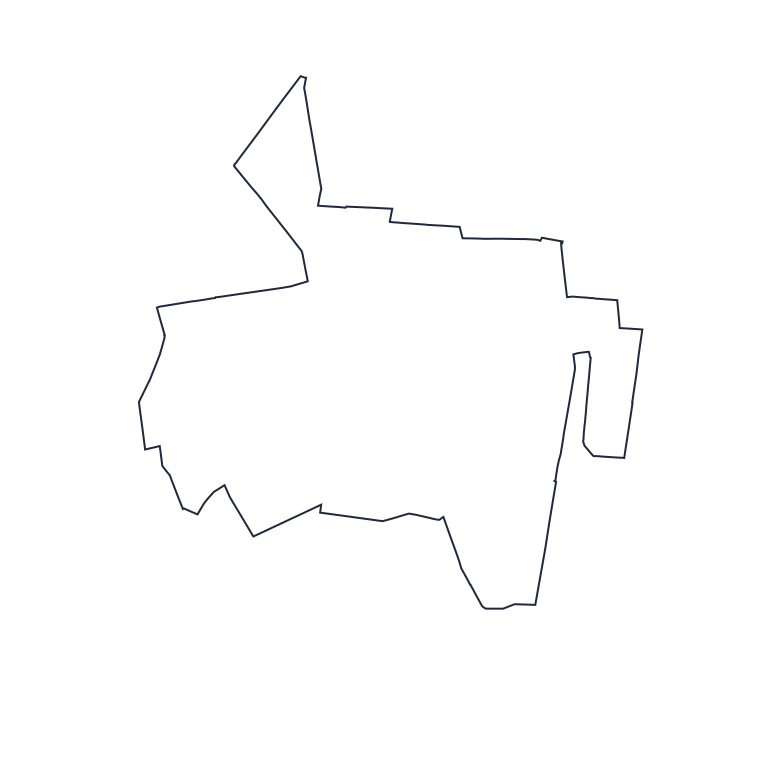 the district of Otelec, Timis, Romania, rotated 128°
{"feature_id": "2599482B41708368975708", "entity_name": "Otelec", "entity_type": "district", "adm_level": 2, "iso_a3": "ROU", "parent_name": "Romania", "parent_adm1": "Timis", "projection": "natural_earth1", "projection_center": [20.849, 45.575], "detail": "fine", "context": "isolated", "style": "outline", "palette": "slate", "viewbox_px": 768, "rotation_deg": 128, "n_neighbors": 0, "source": "geoboundaries", "source_scale": "gbopen_adm2", "svg_char_len": 4054}
<svg xmlns="http://www.w3.org/2000/svg" viewBox="0 0 768 768"><g transform="rotate(128 384 384)"><path d="M463.6,610.0L470.4,600.8L480.4,587.0L480.7,587.3L482.2,585.6L491.6,581.7L498.8,578.8L507.7,576.1L520.1,572.5L524.8,571.1L529.5,570.2L545.9,566.7L549.1,566.0L553.7,561.4L561.5,553.4L570.3,544.4L582.7,531.9L571.0,522.5L574.4,519.0L584.7,508.6L585.1,508.0L586.3,503.3L587.9,496.4L590.6,492.0L600.5,475.5L606.3,465.5L605.3,465.2L603.6,458.5L601.6,450.7L592.3,451.9L588.9,452.3L583.8,452.3L573.8,451.7L573.4,451.5L561.9,447.4L567.8,436.3L570.0,430.9L577.7,410.8L584.6,393.1L578.4,389.9L567.5,384.4L552.5,376.8L541.1,371.0L527.9,364.3L517.8,359.2L524.7,355.1L519.1,345.6L505.2,321.7L493.1,300.9L492.5,300.3L488.2,297.1L484.6,294.4L476.8,288.9L470.9,284.7L470.7,284.4L467.3,278.1L461.0,264.6L459.7,261.6L457.6,257.6L457.2,257.1L456.8,256.8L456.3,256.6L452.2,255.4L464.3,236.3L471.4,224.9L475.0,219.3L478.0,214.7L481.6,209.8L486.0,199.5L489.2,192.3L489.0,192.1L494.0,180.8L498.3,170.7L498.7,169.8L498.5,165.7L491.4,156.5L488.4,152.7L488.0,152.0L484.3,149.8L477.1,145.5L466.8,131.4L464.9,128.8L434.4,145.0L420.4,152.4L412.4,156.7L391.3,168.5L363.8,183.5L355.1,188.2L355.4,189.9L354.4,189.6L348.2,193.1L342.7,196.2L339.4,197.8L335.8,199.5L331.2,201.3L330.0,201.9L318.5,208.2L311.9,212.0L282.2,227.8L261.8,238.8L255.0,242.5L252.8,244.2L249.5,247.5L244.4,252.7L244.0,253.0L240.4,250.3L236.3,246.3L233.1,243.1L232.8,242.8L232.5,242.4L233.4,241.2L235.8,238.4L236.0,237.5L236.0,237.3L238.5,235.7L241.1,234.0L244.6,231.8L249.3,228.7L256.0,224.4L262.3,220.4L263.5,219.5L269.5,215.7L274.6,212.4L282.9,206.9L285.8,205.1L288.8,203.1L290.5,202.0L291.9,201.2L293.6,200.2L296.7,198.2L300.3,195.9L301.7,194.9L304.5,193.0L307.0,191.4L307.2,191.0L307.9,189.9L309.1,188.1L309.2,187.9L309.9,184.5L310.9,179.6L311.6,176.3L311.8,174.4L310.7,173.1L309.2,171.0L306.7,167.2L303.8,162.9L298.2,154.7L295.0,150.2L294.4,149.2L292.2,150.4L288.7,152.4L283.2,155.5L276.0,159.5L272.7,161.4L270.3,162.7L267.3,164.4L260.6,168.2L257.0,170.2L254.7,171.5L250.8,173.7L245.9,176.5L246.0,176.9L243.5,178.3L238.8,181.0L220.1,191.6L204.0,201.4L182.0,214.0L189.0,224.3L194.8,232.7L187.2,239.7L174.4,251.8L177.6,256.7L181.1,261.8L184.6,267.2L186.3,269.5L186.7,270.5L187.4,271.8L188.8,273.7L189.9,275.2L190.2,275.7L190.3,276.2L195.4,283.7L199.0,289.2L202.9,293.2L197.9,298.2L188.0,308.0L182.8,313.1L177.6,318.2L167.7,327.8L165.4,329.9L164.1,331.1L163.5,330.2L161.7,331.0L162.0,331.5L163.2,333.7L167.3,341.5L171.5,349.6L174.9,349.0L175.3,350.1L175.8,351.7L178.2,355.3L182.7,361.7L187.6,368.1L193.0,375.3L198.2,382.2L202.5,387.6L208.1,394.7L213.0,401.5L220.8,411.8L219.5,413.5L213.6,421.1L218.4,428.2L223.1,435.2L228.3,442.6L232.3,448.4L232.8,449.4L237.9,457.0L240.4,460.7L245.3,467.9L248.3,472.5L250.8,476.2L252.7,479.1L252.6,479.4L250.8,480.3L245.9,482.8L240.8,485.4L245.7,492.3L249.4,497.6L253.3,503.2L255.1,505.6L256.2,507.2L259.1,511.3L263.5,517.4L265.6,520.4L266.2,521.2L267.4,522.9L268.8,522.9L269.3,523.8L272.3,528.5L277.3,535.7L282.6,543.5L284.1,545.8L276.2,550.0L268.8,553.6L263.0,560.0L257.0,566.6L251.1,573.1L249.1,575.4L248.4,576.0L242.4,582.7L240.6,584.6L239.7,585.6L233.6,592.3L227.8,598.7L222.0,605.2L210.1,617.9L204.3,624.2L199.9,629.2L195.3,631.6L192.0,633.3L190.7,633.9L191.1,634.4L192.8,639.2L205.0,639.0L219.6,638.8L232.7,638.5L244.3,638.2L260.7,637.7L273.3,637.4L290.0,637.1L303.3,636.7L303.3,636.9L304.5,636.4L304.7,635.9L307.8,622.3L310.6,609.8L312.4,600.4L314.1,593.3L315.6,588.5L317.5,581.0L319.7,571.8L322.4,560.8L324.2,553.4L326.0,546.2L328.2,537.7L329.3,533.3L329.8,531.1L330.7,529.7L331.4,528.7L332.0,527.9L333.0,526.8L335.9,523.5L341.6,517.0L345.4,512.6L349.0,508.4L350.0,507.3L352.5,509.0L356.6,512.0L359.9,514.3L364.4,517.5L366.9,519.8L368.7,521.4L370.8,523.3L376.1,528.4L384.9,536.8L397.5,548.9L405.1,556.2L413.7,564.4L417.9,568.5L419.2,569.9L419.3,570.1L420.2,570.0L422.3,572.1L429.6,578.8L434.0,583.0L435.8,584.7L436.1,585.2L436.7,585.8L443.0,591.6L449.6,597.7L452.2,600.1L457.4,604.9L461.1,608.4L463.6,610.0Z" fill="none" stroke="#1e293b" stroke-width="2"/></g></svg>